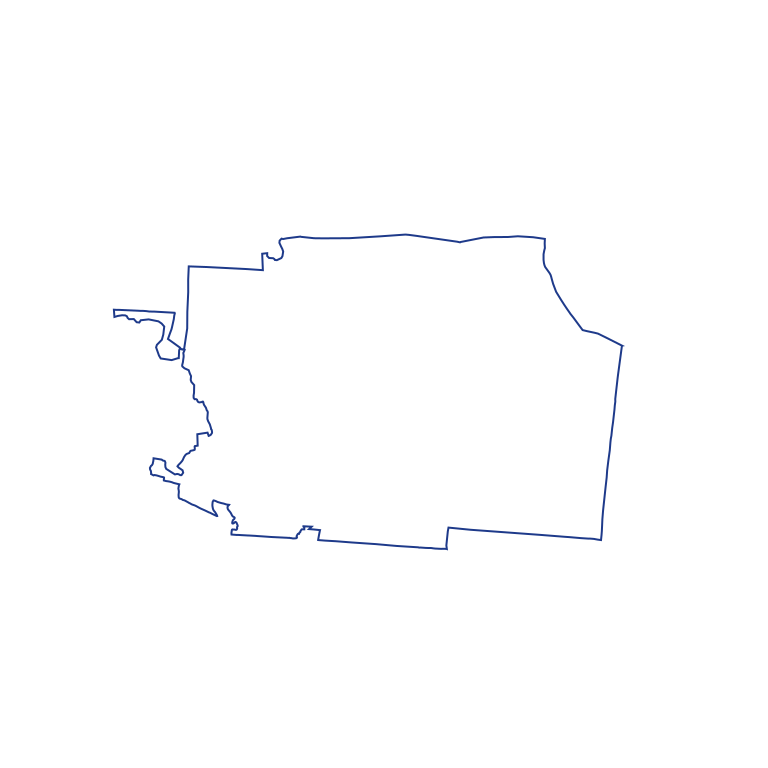 outline of Popesti, Arges, Romania, rotated 33°
{"feature_id": "2599482B99719362105911", "entity_name": "Popesti", "entity_type": "district", "adm_level": 2, "iso_a3": "ROU", "parent_name": "Romania", "parent_adm1": "Arges", "projection": "mercator", "projection_center": [25.115, 44.453], "detail": "fine", "context": "isolated", "style": "outline", "palette": "blue", "viewbox_px": 768, "rotation_deg": 33, "n_neighbors": 0, "source": "geoboundaries", "source_scale": "gbopen_adm2", "svg_char_len": 6081}
<svg xmlns="http://www.w3.org/2000/svg" viewBox="0 0 768 768"><g transform="rotate(33 384 384)"><path d="M619.0,413.6L622.6,411.6L633.1,406.0L638.1,403.2L639.7,402.3L640.9,401.5L644.4,399.6L647.8,398.2L651.0,396.7L648.7,392.2L646.8,388.7L643.7,383.4L640.8,378.5L636.7,370.9L626.1,350.0L621.7,341.2L618.2,334.9L613.9,326.1L609.5,316.7L605.7,309.7L604.0,306.3L602.9,303.6L599.3,296.5L596.9,291.3L591.2,279.9L589.2,276.2L587.6,272.8L586.1,270.6L576.8,252.0L575.2,248.7L562.7,222.3L562.8,222.2L547.9,223.8L536.0,225.2L532.8,226.3L525.5,229.1L521.2,230.6L516.6,228.9L506.5,225.1L502.0,223.6L500.9,223.1L496.2,221.2L492.0,219.4L486.9,217.1L478.5,213.1L478.1,212.9L471.3,207.9L467.3,204.4L465.9,203.1L464.3,201.8L462.8,201.0L461.9,200.6L456.0,198.3L455.3,198.0L453.8,196.9L452.3,195.5L450.2,193.0L447.1,188.2L445.7,184.8L444.9,182.4L442.2,178.6L439.9,174.7L429.1,179.7L415.8,187.2L407.9,193.2L396.2,200.9L387.7,206.9L370.9,223.2L370.8,223.6L370.6,223.8L367.9,224.8L330.3,242.2L323.6,245.4L320.6,247.0L300.7,262.0L275.5,280.6L253.6,295.0L246.0,299.8L234.2,305.8L233.6,305.9L223.4,314.5L220.4,317.4L218.9,317.9L218.4,320.6L219.4,322.6L222.7,324.7L225.1,326.1L227.3,327.8L229.2,332.1L229.3,334.3L226.7,338.5L224.9,339.4L224.0,338.9L222.5,338.9L219.0,340.9L216.3,340.3L214.8,337.9L210.9,341.1L220.4,354.5L206.4,362.3L171.7,382.4L156.2,391.7L162.8,402.9L169.9,413.8L179.7,430.5L188.7,444.6L197.3,463.5L196.2,464.6L195.6,464.9L194.4,465.2L193.1,464.6L178.3,463.9L177.0,458.5L176.0,454.0L175.3,451.9L172.4,444.1L170.8,440.8L170.1,438.7L169.6,438.3L152.1,448.3L147.6,451.1L145.0,452.3L142.1,453.9L140.6,454.9L137.3,456.8L120.8,466.5L119.5,467.4L117.0,468.8L121.4,474.6L123.6,472.0L126.9,469.0L129.6,467.4L131.4,467.2L133.0,468.2L134.9,468.5L138.8,465.8L142.9,466.9L145.3,465.7L145.3,463.0L151.4,458.0L160.7,454.3L164.6,454.4L168.4,455.5L172.0,462.8L173.6,467.9L172.2,474.8L172.9,477.4L179.8,482.7L182.8,484.2L192.9,479.6L197.1,474.6L197.8,474.1L193.9,467.4L193.6,466.2L193.9,465.8L194.2,465.4L196.1,465.0L197.5,463.7L198.1,463.7L198.4,464.8L198.8,467.3L200.2,468.9L201.2,470.4L202.3,472.8L203.5,475.3L204.5,478.2L205.3,479.1L208.1,479.5L212.7,478.8L215.5,481.0L217.9,482.5L219.7,485.9L221.4,487.2L225.4,488.3L229.5,494.9L230.6,497.4L231.9,499.3L233.4,499.9L234.5,499.1L235.7,499.0L236.7,499.8L238.1,500.3L239.2,500.0L241.0,498.4L241.3,497.7L241.8,497.4L242.4,497.7L243.1,498.5L244.4,499.5L247.6,500.9L249.7,502.6L250.9,503.0L251.7,503.8L254.3,508.6L255.0,509.6L256.8,511.0L259.9,512.7L263.2,515.5L263.5,516.0L264.6,516.4L266.0,518.0L266.4,518.7L266.4,520.9L265.7,522.4L265.2,523.0L262.5,520.9L254.8,527.8L260.9,536.6L261.3,537.2L259.2,539.1L259.2,539.5L260.7,541.5L261.0,542.3L260.5,543.1L258.2,545.4L258.1,545.9L258.2,547.7L258.2,548.0L256.6,550.1L256.3,551.0L256.1,552.0L256.1,554.3L256.6,557.4L256.6,558.7L256.3,561.0L255.7,563.8L255.6,565.5L256.2,565.7L257.8,566.0L259.5,566.0L262.1,566.1L263.9,567.8L263.8,570.7L262.8,571.4L261.0,571.5L259.5,572.1L257.9,573.7L247.6,573.8L245.9,572.7L244.4,570.7L243.6,569.1L242.5,568.2L241.9,568.0L240.3,568.6L238.7,568.5L231.2,571.8L232.0,573.3L232.6,574.5L232.9,575.5L233.5,576.8L233.6,578.4L233.2,579.7L233.4,581.9L234.5,583.2L235.6,583.7L236.6,584.7L237.7,586.4L238.5,586.3L240.4,586.2L240.6,586.1L240.8,585.7L241.0,585.4L241.4,585.2L243.1,584.5L245.1,583.9L247.0,583.4L249.0,582.6L250.2,582.2L250.4,582.2L250.5,582.3L250.7,582.5L251.2,583.7L251.6,584.4L251.9,584.8L254.1,584.1L256.0,583.2L257.7,582.5L259.6,581.9L261.2,581.6L262.2,581.3L267.0,579.6L267.2,580.6L267.5,581.4L268.2,583.0L268.4,583.5L269.0,584.2L269.5,584.7L270.8,586.3L271.0,586.8L271.6,587.9L272.1,588.9L273.5,590.8L274.1,591.2L274.5,591.3L274.9,591.4L275.6,591.2L276.6,590.9L277.1,590.8L277.7,590.8L278.5,590.8L279.5,590.4L280.4,590.2L284.5,589.9L285.4,589.9L286.8,589.7L288.0,589.7L289.0,589.5L291.4,588.9L292.9,588.7L295.7,588.5L295.9,588.5L298.0,588.3L303.0,587.5L307.1,587.0L308.2,586.7L310.7,586.5L315.2,585.9L315.8,585.8L315.9,585.7L316.0,585.6L315.7,585.3L315.4,585.1L313.9,584.3L312.0,583.4L310.5,583.0L309.3,582.4L308.5,581.8L307.6,580.9L306.6,579.8L306.0,579.0L305.6,578.3L304.8,576.8L304.5,576.1L304.4,574.5L304.5,574.4L304.8,574.3L306.3,573.9L307.4,573.7L308.6,573.6L312.3,572.5L314.7,571.6L316.9,571.0L317.6,570.8L319.9,569.7L319.9,570.1L319.7,570.6L319.6,571.1L319.6,571.6L319.7,572.1L319.8,572.5L320.4,573.2L320.8,573.7L321.3,574.0L321.9,574.3L324.2,575.0L325.5,575.5L326.3,575.9L327.6,576.7L328.6,577.2L329.4,577.4L331.0,577.3L331.4,577.4L331.6,577.5L331.8,577.9L331.9,578.8L331.5,580.2L331.5,580.5L331.9,582.2L332.3,583.1L332.6,583.4L332.7,583.5L332.9,583.5L333.3,583.3L333.5,583.1L333.7,582.8L333.9,582.3L334.2,581.3L334.4,580.7L334.6,580.6L334.9,580.5L335.6,580.6L336.1,580.8L336.9,581.4L338.0,582.1L338.4,582.5L338.6,582.7L338.7,583.1L338.6,583.6L338.7,584.0L338.9,584.4L339.5,585.1L339.6,585.4L339.7,585.8L339.7,586.3L339.6,586.5L339.4,586.9L339.1,587.1L338.5,587.3L337.7,587.6L337.0,588.1L336.1,588.5L335.9,588.9L335.9,589.2L336.1,589.7L336.2,590.0L336.4,590.3L336.7,591.0L337.2,592.1L338.1,593.3L342.9,590.7L343.4,590.3L351.6,585.6L354.5,583.9L359.6,581.0L360.4,580.6L364.5,578.3L372.8,573.7L386.9,565.5L387.3,565.3L387.8,565.0L388.3,564.6L389.3,564.3L389.8,563.9L391.4,563.3L392.4,562.7L393.5,561.9L394.6,560.9L394.6,560.7L394.6,560.3L394.5,559.9L394.3,559.7L393.7,559.4L393.6,559.1L393.5,558.8L393.4,557.3L393.4,557.1L393.4,556.7L393.6,556.3L394.3,556.0L394.4,555.9L394.2,555.2L394.1,554.9L394.0,554.7L394.1,554.3L394.3,554.0L394.4,553.8L394.4,553.7L394.1,553.0L394.1,551.0L394.2,550.7L394.3,550.6L396.3,549.3L395.8,548.5L395.1,547.3L394.4,547.6L394.2,547.5L394.0,547.4L393.9,547.2L401.0,543.1L400.2,546.5L404.4,544.2L409.9,541.4L410.0,541.7L410.8,543.7L411.6,545.7L413.7,550.7L414.4,550.4L420.1,547.3L429.4,542.0L443.2,534.5L464.4,522.7L482.7,513.0L501.7,502.3L502.5,502.1L503.5,501.4L504.9,500.6L508.7,498.5L512.7,496.0L513.6,495.5L514.4,495.2L516.6,494.1L521.6,491.2L523.8,489.7L525.3,488.8L525.9,488.4L526.6,488.2L524.2,485.4L517.8,472.9L516.3,469.3L536.0,459.1L597.1,425.5L616.6,414.9L619.0,413.6Z" fill="none" stroke="#1e3a8a" stroke-width="2"/></g></svg>